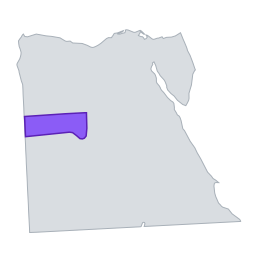 Al Farafra Oasis, Al Wadi at Jadid, Egypt shown in context, rotated 357°
{"feature_id": "37247803B67299056810507", "entity_name": "Al Farafra Oasis", "entity_type": "district", "adm_level": 2, "iso_a3": "EGY", "parent_name": "Egypt", "parent_adm1": "Al Wadi at Jadid", "projection": "robinson", "projection_center": [27.531, 27.044], "detail": "fine", "context": "in_parent", "style": "filled", "palette": "violet", "viewbox_px": 256, "rotation_deg": 357, "n_neighbors": 0, "source": "geoboundaries", "source_scale": "gbopen_adm2", "svg_char_len": 3235}
<svg xmlns="http://www.w3.org/2000/svg" viewBox="0 0 256 256"><g transform="rotate(357 128 128)"><path d="M235.6,227.2L229.8,227.2L223.9,227.2L218.1,227.2L212.3,227.2L206.4,227.2L200.6,227.2L194.8,227.2L189.0,227.2L183.1,227.2L177.3,227.2L171.5,227.2L165.6,227.2L159.8,227.2L154.0,227.2L148.2,227.2L142.3,227.2L139.0,227.2L139.6,225.4L139.9,224.1L139.5,223.2L138.4,223.0L137.6,223.3L135.9,227.1L135.0,227.3L132.9,227.3L126.1,227.3L119.4,227.3L112.6,227.3L105.8,227.3L99.0,227.3L92.2,227.3L85.4,227.3L78.6,227.3L71.9,227.3L65.1,227.3L58.3,227.3L51.5,227.3L44.7,227.3L37.9,227.3L31.1,227.3L24.3,227.2L24.4,222.6L24.4,218.0L24.4,213.4L24.4,208.8L24.4,204.2L24.5,199.6L24.5,194.9L24.5,190.3L24.5,185.7L24.5,181.1L24.6,176.5L24.6,171.9L24.6,167.2L24.6,162.6L24.6,158.0L24.7,153.4L24.7,148.8L24.7,144.2L24.8,139.6L24.8,134.9L24.8,130.3L24.8,125.7L24.9,121.1L24.9,116.5L24.9,111.9L24.9,107.3L25.0,102.6L25.0,98.0L25.0,93.4L25.0,88.8L25.1,84.2L25.1,79.6L25.0,78.7L24.0,75.6L23.2,71.6L22.2,66.7L22.1,65.1L20.5,60.0L20.4,58.6L20.8,57.6L23.5,53.3L24.3,51.3L25.0,48.8L25.2,46.8L24.5,43.7L23.6,40.9L23.3,38.1L23.2,35.3L24.6,33.4L26.2,31.6L26.8,30.5L27.7,29.3L28.4,28.7L29.7,31.2L32.4,31.7L41.3,29.4L51.0,31.7L56.4,32.5L64.8,34.4L69.8,37.8L71.2,38.3L74.8,38.2L77.2,40.2L86.7,41.2L91.8,43.4L94.7,45.1L96.4,45.7L98.0,45.6L100.0,44.9L102.6,43.7L105.4,42.0L111.3,37.5L113.4,36.7L114.7,36.9L116.4,36.9L117.0,35.7L117.9,34.9L118.4,33.9L119.3,32.8L122.4,32.5L128.5,30.5L127.8,31.5L122.2,33.6L124.6,33.9L127.1,33.2L129.8,32.7L130.3,31.8L130.7,30.0L131.2,29.8L133.1,30.1L138.9,32.8L140.3,32.8L144.3,31.4L145.2,31.1L146.5,31.9L149.5,35.2L148.5,35.1L145.3,32.3L145.0,33.7L143.2,36.2L145.5,37.3L147.4,37.7L148.4,39.0L149.0,40.3L150.8,39.7L152.1,38.1L151.4,37.1L150.9,36.2L151.5,36.1L152.8,36.9L156.5,40.1L157.7,40.8L159.1,40.7L162.1,39.8L162.9,39.9L166.8,38.7L167.3,39.6L168.0,40.5L171.1,39.5L176.2,39.5L180.2,38.5L184.9,35.9L185.3,35.6L185.6,36.2L186.2,37.9L187.7,42.3L189.0,45.7L190.7,50.5L191.2,52.3L191.4,53.6L193.8,58.8L195.2,63.1L196.3,66.6L197.7,71.7L198.3,73.5L197.4,74.4L195.5,77.7L193.6,88.3L190.7,96.5L190.5,101.7L190.0,103.5L188.6,106.1L186.9,108.7L183.9,107.4L178.8,102.9L175.8,98.6L172.7,95.8L169.7,92.2L168.8,89.6L168.9,87.9L167.5,83.7L166.5,81.8L162.9,77.4L161.8,75.1L161.0,74.0L160.2,72.6L158.9,66.9L157.4,63.3L155.8,64.3L156.1,65.8L154.7,67.9L153.9,70.3L154.6,72.3L157.5,75.4L158.1,76.7L158.9,79.6L158.8,83.5L159.3,84.8L161.5,87.7L162.3,89.4L162.8,90.9L163.6,92.2L165.8,94.8L169.0,99.6L172.0,102.8L174.2,104.4L175.1,105.9L175.4,110.0L175.2,111.9L177.2,115.6L177.9,117.4L179.8,118.9L180.6,120.6L181.4,123.4L182.7,131.6L184.3,133.6L189.4,144.5L193.7,151.3L195.8,156.4L199.0,162.6L205.2,176.3L208.8,180.5L210.3,182.9L212.9,184.7L215.7,187.3L213.0,187.1L212.4,187.2L211.4,187.7L211.0,189.3L210.8,190.6L211.2,197.5L212.0,201.0L214.5,207.7L216.3,209.7L217.2,211.0L218.4,212.0L224.0,214.2L227.4,219.1L234.8,225.2L235.6,226.8L235.6,227.2Z" fill="#d9dde1" stroke="#a8b0b8" stroke-width="1"/><path d="M87.3,110.6L86.1,110.5L66.7,110.5L25.3,111.1L25.3,114.6L25.2,125.8L25.2,131.3L69.3,129.1L72.4,129.7L76.1,132.8L79.5,136.1L81.9,136.5L83.9,135.9L85.8,133.8L86.9,126.1L87.3,110.6L87.3,110.6Z" fill="#8b5cf6" stroke="#5b21b6" stroke-width="1.5"/></g></svg>